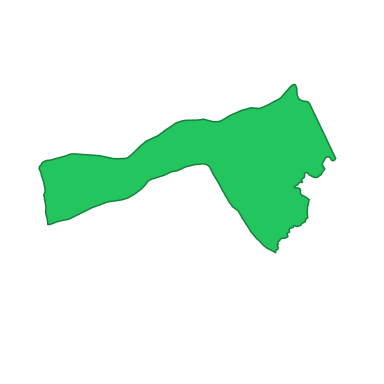 outline of Huehuetenango, Huehuetenango, Guatemala, rotated 335°
{"feature_id": "79465075B83999365209014", "entity_name": "Huehuetenango", "entity_type": "district", "adm_level": 2, "iso_a3": "GTM", "parent_name": "Guatemala", "parent_adm1": "Huehuetenango", "projection": "mercator", "projection_center": [-91.375, 15.301], "detail": "fine", "context": "isolated", "style": "filled", "palette": "green", "viewbox_px": 384, "rotation_deg": 335, "n_neighbors": 0, "source": "geoboundaries", "source_scale": "gbopen_adm2", "svg_char_len": 2935}
<svg xmlns="http://www.w3.org/2000/svg" viewBox="0 0 384 384"><g transform="rotate(335 192 192)"><path d="M233.1,130.8L231.4,130.5L227.3,129.1L216.7,124.4L212.5,123.3L206.8,122.7L200.0,123.9L194.9,124.5L185.1,126.6L172.7,126.5L165.3,128.3L161.6,129.6L157.1,131.2L153.7,132.4L148.4,133.7L146.3,133.6L139.6,130.8L135.0,128.7L132.4,126.6L131.7,126.1L127.8,123.2L123.6,120.1L120.0,118.0L105.1,109.8L102.1,108.0L98.8,106.6L96.3,106.0L93.9,106.1L80.1,103.7L76.6,103.2L74.7,102.3L71.8,101.8L68.6,102.1L66.1,104.0L64.9,104.2L63.4,105.8L63.1,112.0L62.5,113.3L62.2,117.6L60.4,126.2L58.9,129.8L56.3,132.1L56.2,133.9L55.1,136.6L54.4,140.1L53.0,144.6L51.1,148.0L50.1,150.8L50.2,152.2L49.6,152.9L49.7,154.5L47.6,160.5L49.4,161.4L58.5,162.1L68.9,164.6L93.9,164.0L95.0,164.0L111.2,165.3L121.2,168.3L124.6,169.3L130.6,170.3L138.8,169.7L147.6,167.8L152.5,165.9L156.7,163.6L160.0,163.2L174.1,165.1L181.6,164.9L187.5,166.5L197.1,166.6L206.3,168.4L214.6,171.4L217.5,174.1L218.6,176.9L218.7,184.3L220.0,195.9L220.3,203.4L220.6,206.3L220.7,210.0L221.2,212.6L221.4,216.8L222.7,222.8L225.9,228.6L226.5,236.3L227.1,240.5L227.4,243.9L227.9,246.2L228.6,253.1L229.7,256.9L230.7,260.8L231.5,262.9L232.6,265.3L234.0,270.1L236.3,274.6L242.2,282.2L243.0,280.6L243.9,280.2L245.4,280.2L246.0,279.7L246.5,279.1L246.7,277.9L246.6,277.4L246.4,276.9L247.0,276.2L247.6,276.0L248.2,275.7L248.6,273.7L249.4,273.2L251.0,273.1L252.1,271.9L253.1,271.9L257.0,273.1L259.7,273.2L260.3,272.5L260.3,270.7L260.8,269.9L261.6,269.5L263.4,269.6L264.4,267.0L264.9,266.5L265.4,266.2L268.7,266.8L269.4,266.1L270.2,265.5L272.6,267.8L275.9,268.1L277.1,267.9L278.0,267.1L282.2,266.6L284.1,264.4L286.0,264.3L287.7,259.4L289.2,256.8L290.4,254.3L292.3,252.2L293.9,249.8L295.0,248.5L292.9,244.6L289.8,240.7L289.8,238.5L291.1,236.0L291.3,235.2L290.9,234.3L290.4,233.7L289.9,233.3L289.3,232.9L288.7,232.5L288.0,232.2L287.4,231.8L287.0,231.0L287.3,230.2L288.1,230.2L289.0,230.2L289.8,230.2L291.0,230.1L291.5,229.8L292.2,229.3L292.7,229.0L293.4,228.7L294.4,229.1L294.9,229.4L296.1,229.8L296.4,229.3L296.3,228.5L296.3,227.6L296.7,226.9L297.8,226.7L299.0,226.5L300.0,226.0L300.7,225.2L300.9,224.7L301.4,223.7L301.9,223.0L302.8,222.5L303.8,222.6L304.7,223.2L304.9,223.9L305.2,224.9L305.7,226.4L309.1,230.6L311.5,231.7L316.4,230.8L319.4,228.6L321.6,227.7L322.0,227.3L322.1,226.6L321.9,225.4L321.6,224.6L321.7,222.2L323.2,220.5L325.5,219.0L327.5,217.3L328.9,217.2L330.3,217.7L331.2,218.5L331.8,219.4L331.8,221.9L332.4,222.8L333.3,223.4L334.9,223.2L336.4,222.3L335.9,162.3L335.7,160.7L335.3,159.8L334.8,158.9L330.7,156.1L328.9,154.0L328.1,152.1L328.4,148.4L329.7,144.6L330.8,142.2L331.0,140.4L330.9,139.0L330.7,138.1L330.2,137.7L329.1,137.6L328.2,137.6L326.9,137.9L324.7,138.6L312.7,144.0L310.8,144.4L308.6,144.6L303.9,144.7L298.8,145.2L291.2,145.1L288.0,144.6L281.0,140.6L271.4,139.0L257.9,138.7L250.5,139.7L246.0,139.5L240.8,137.2L233.1,130.8Z" fill="#22c55e" stroke="#15803d" stroke-width="1.5"/></g></svg>